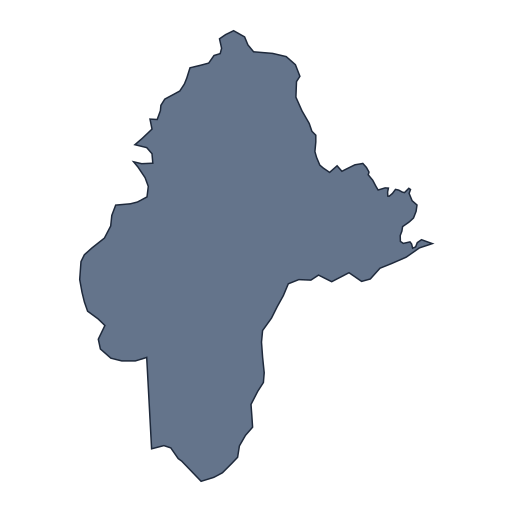 Vasa Kellakiou, Limassol, Cyprus
{"feature_id": "46923920B10749704770194", "entity_name": "Vasa Kellakiou", "entity_type": "district", "adm_level": 2, "iso_a3": "CYP", "parent_name": "Cyprus", "parent_adm1": "Limassol", "projection": "albers", "projection_center": [33.23, 34.801], "detail": "fine", "context": "isolated", "style": "filled", "palette": "slate", "viewbox_px": 512, "rotation_deg": 0, "n_neighbors": 0, "source": "geoboundaries", "source_scale": "gbopen_adm2", "svg_char_len": 1924}
<svg xmlns="http://www.w3.org/2000/svg" viewBox="0 0 512 512"><path d="M219.5,38.8L221.6,48.3L220.2,53.6L214.0,55.5L208.7,63.1L200.8,65.2L190.0,67.8L186.8,78.0L184.4,84.0L179.8,91.0L164.8,99.1L160.9,105.3L160.4,110.7L157.2,119.5L150.0,119.1L152.0,129.1L142.0,138.6L134.9,144.7L146.7,147.6L152.0,153.7L152.8,163.2L141.7,163.7L133.6,161.8L138.0,167.1L145.1,177.7L148.3,186.4L147.0,196.9L137.5,202.0L130.4,203.8L115.7,205.1L111.8,215.4L110.7,226.0L104.4,238.1L92.0,247.9L84.4,254.7L81.0,261.6L79.7,279.5L82.0,292.2L84.4,302.0L87.6,311.2L98.1,318.9L104.9,325.5L98.3,339.2L100.4,349.0L110.9,358.2L121.7,360.9L135.4,360.9L145.9,357.7L146.7,357.4L151.6,448.8L163.9,445.6L170.8,447.9L178.2,458.6L181.7,461.1L201.1,481.3L213.9,477.3L222.4,472.8L231.6,463.6L231.9,463.3L237.6,457.3L239.4,445.9L245.5,435.3L252.6,427.2L251.8,415.3L251.0,404.4L257.8,391.2L263.4,382.5L264.2,372.8L262.6,357.2L261.5,342.1L262.6,330.5L271.5,318.1L277.3,306.5L283.3,295.7L288.3,283.8L298.8,279.6L310.9,280.1L318.5,275.1L331.7,281.7L349.0,272.7L361.6,281.4L370.3,279.0L380.0,268.2L392.4,263.2L406.3,257.1L419.4,247.9L429.1,244.7L432.3,243.6L427.0,241.7L421.5,239.7L417.3,242.6L415.6,246.9L412.6,248.2L411.6,244.0L410.0,241.9L403.3,243.4L400.4,241.4L400.2,235.6L401.9,231.1L402.6,226.6L409.4,221.8L413.5,218.0L416.1,211.3L417.0,205.0L412.1,200.7L409.1,193.4L410.5,189.5L408.8,188.3L404.5,192.6L402.3,192.1L398.7,190.1L395.5,189.4L392.5,193.4L389.2,196.2L387.8,196.1L387.6,192.0L388.4,188.1L385.1,187.9L378.1,190.0L375.9,186.3L372.7,180.2L368.2,174.8L369.0,172.1L366.4,167.4L362.8,163.4L361.5,163.7L354.9,164.8L346.2,169.1L341.9,171.3L337.1,165.8L329.6,172.4L323.2,168.0L319.8,165.1L316.6,157.5L314.9,151.6L315.8,142.0L315.8,135.2L311.9,131.3L309.2,123.4L302.0,110.9L295.9,97.2L296.5,81.6L299.9,76.3L295.4,64.7L286.2,56.6L272.6,53.4L253.6,51.8L247.9,44.9L244.6,36.9L233.6,30.7L225.6,34.6L219.5,38.8Z" fill="#64748b" stroke="#1e293b" stroke-width="1.5"/></svg>